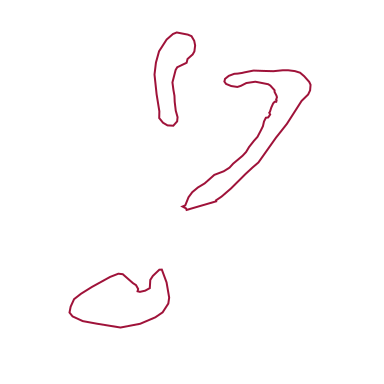 Mwokilloa, Federated States of Micronesia, rotated 14°
{"feature_id": "79324940B30982255534478", "entity_name": "Mwokilloa", "entity_type": "district", "adm_level": 2, "iso_a3": "FSM", "parent_name": "Federated States of Micronesia", "parent_adm1": "", "projection": "mercator", "projection_center": [159.759, 6.679], "detail": "fine", "context": "isolated", "style": "outline", "palette": "rose", "viewbox_px": 384, "rotation_deg": 14, "n_neighbors": 0, "source": "geoboundaries", "source_scale": "gbopen_adm2", "svg_char_len": 1726}
<svg xmlns="http://www.w3.org/2000/svg" viewBox="0 0 384 384"><g transform="rotate(14 192 192)"><path d="M281.1,69.3L282.0,64.8L281.1,59.3L279.1,56.8L272.8,52.5L268.0,50.1L262.6,49.8L256.0,50.6L250.7,51.9L241.7,55.1L232.2,57.2L222.3,59.3L214.0,63.2L211.7,64.4L207.6,66.1L204.4,67.1L199.6,70.4L196.7,74.2L196.7,77.0L198.9,78.9L204.4,79.7L210.6,79.1L213.7,77.2L218.4,73.1L226.7,69.7L229.7,69.5L239.9,69.0L242.3,69.8L247.5,73.3L247.9,74.9L250.6,78.0L251.5,79.5L251.3,82.1L251.9,82.5L251.9,84.1L250.4,84.4L249.3,86.4L248.5,90.9L248.2,95.4L247.8,96.4L249.1,97.9L247.9,101.2L245.7,102.1L244.8,106.2L244.9,111.0L244.0,115.2L242.2,122.7L239.7,127.4L236.5,134.5L234.8,140.1L232.3,144.6L225.1,154.5L222.5,159.3L217.8,164.2L209.5,170.0L202.2,180.6L196.7,186.1L192.3,192.1L189.9,197.9L188.7,206.6L186.3,208.4L190.3,209.4L191.1,210.7L217.7,195.2L217.3,194.3L221.8,189.3L229.0,179.1L239.5,161.7L244.8,153.6L249.3,147.3L260.4,118.8L262.2,114.9L267.6,102.9L276.3,77.1L281.1,69.3ZM196.0,306.0L195.4,300.0L189.2,285.9L181.5,274.6L179.1,275.3L174.3,282.9L172.8,287.4L174.3,295.5L170.4,299.1L165.6,301.5L163.2,301.5L163.2,299.1L160.2,295.9L156.7,294.7L144.7,288.5L140.3,289.1L133.1,294.2L117.9,308.3L108.9,317.6L103.5,324.5L102.0,332.6L102.3,338.6L106.2,341.6L117.2,343.7L131.5,342.8L155.4,340.8L173.6,332.4L186.7,322.5L192.6,315.9L196.0,306.0ZM157.8,132.2L160.5,127.1L159.9,122.9L156.6,117.1L153.4,108.7L151.7,102.9L149.3,97.5L146.5,90.4L146.6,77.5L147.5,74.5L155.5,67.9L155.5,64.0L159.4,58.3L160.3,55.0L159.6,49.1L157.6,44.8L153.8,40.9L149.9,40.3L138.6,40.9L135.3,43.3L130.5,50.2L126.0,63.4L125.7,75.1L127.2,87.1L134.0,105.7L140.8,121.6L142.3,128.2L147.1,131.8L152.1,133.3L157.8,132.2Z" fill="none" stroke="#9f1239" stroke-width="2"/></g></svg>